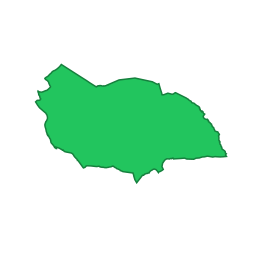 Shai Osudoku, Eastern, Ghana, rotated 216°
{"feature_id": "2480657B66464396810782", "entity_name": "Shai Osudoku", "entity_type": "district", "adm_level": 2, "iso_a3": "GHA", "parent_name": "Ghana", "parent_adm1": "Eastern", "projection": "mercator", "projection_center": [0.159, 5.966], "detail": "fine", "context": "isolated", "style": "filled", "palette": "green", "viewbox_px": 256, "rotation_deg": 216, "n_neighbors": 0, "source": "geoboundaries", "source_scale": "gbopen_adm2", "svg_char_len": 5441}
<svg xmlns="http://www.w3.org/2000/svg" viewBox="0 0 256 256"><g transform="rotate(216 128 128)"><path d="M220.0,134.5L220.8,132.1L221.1,131.5L221.4,131.2L221.5,130.9L221.7,130.6L222.0,130.0L222.1,129.7L222.3,129.3L222.4,128.7L222.4,127.6L222.7,126.2L222.8,125.9L223.0,124.7L223.0,124.1L223.1,123.7L223.2,122.8L223.4,122.2L224.0,121.1L224.1,120.4L224.3,120.1L224.2,119.8L224.4,119.5L224.3,119.1L223.7,119.0L223.3,118.8L221.8,118.9L221.1,118.9L220.0,118.7L219.3,118.4L218.8,118.1L218.2,117.6L216.8,116.8L216.1,116.4L215.9,116.3L215.3,116.1L215.0,115.9L214.8,115.4L215.3,112.4L215.7,111.0L215.9,110.6L216.6,109.8L218.0,107.5L218.9,106.2L219.3,106.0L219.8,105.8L220.2,105.5L220.9,105.1L221.9,105.0L222.5,105.0L222.4,104.7L221.6,104.2L221.4,103.8L221.1,103.7L220.7,103.6L220.5,103.4L220.2,102.9L219.9,102.6L219.5,102.3L219.1,102.2L218.5,102.1L218.3,101.9L217.5,101.2L216.6,100.5L216.2,100.3L215.7,100.2L215.8,99.5L215.7,99.0L215.7,98.6L216.1,98.2L217.1,97.5L217.7,97.0L218.1,94.8L215.6,93.8L214.7,93.4L214.3,93.3L213.4,93.0L212.3,92.6L210.8,92.3L209.3,92.2L203.1,91.7L202.8,91.5L202.5,91.4L202.2,91.2L201.9,91.2L201.7,91.0L200.9,90.7L200.4,90.2L199.8,89.7L199.1,88.9L198.5,87.8L198.4,87.2L198.3,86.7L198.1,85.4L198.2,85.0L198.1,84.7L198.1,84.4L197.8,83.5L197.4,82.2L197.0,81.6L196.6,81.1L196.3,80.8L196.1,80.6L194.9,79.6L194.0,79.0L192.1,77.2L190.1,75.8L189.8,75.8L189.6,75.7L189.8,75.6L190.0,75.7L189.8,75.5L189.7,75.4L189.5,75.5L189.4,75.5L189.3,75.3L189.2,75.2L188.8,74.9L188.5,75.0L188.4,75.0L188.5,74.8L188.4,74.7L187.2,74.6L185.0,73.5L184.2,73.3L181.6,70.9L178.6,70.2L177.9,70.0L176.7,69.6L176.5,69.4L176.4,69.3L175.6,69.1L174.7,69.2L174.7,69.3L174.0,69.1L173.9,69.2L174.4,69.4L174.7,69.5L174.8,69.4L175.1,69.4L175.3,69.3L175.4,69.7L175.2,69.8L175.6,70.0L172.1,71.2L171.3,71.3L170.8,71.4L170.2,71.4L169.0,71.6L167.9,71.5L167.7,71.6L167.7,72.0L167.4,72.1L167.1,71.9L165.7,71.6L164.0,72.2L159.7,74.2L158.7,74.5L157.9,74.5L157.3,74.5L157.0,74.3L156.5,74.2L155.4,73.7L154.6,73.4L153.7,73.2L153.1,73.1L152.7,73.0L150.8,72.7L150.0,72.4L149.9,72.2L149.8,72.3L149.6,72.3L148.4,72.0L144.4,70.7L142.6,70.1L141.8,69.8L141.5,69.8L141.1,69.6L140.6,69.5L139.7,70.8L139.4,72.9L138.3,73.8L135.4,75.7L130.8,78.3L129.7,79.3L129.5,79.6L128.9,80.1L128.1,80.0L127.9,80.1L127.6,80.4L126.9,80.4L126.3,80.8L126.0,81.1L125.7,81.2L125.2,81.4L124.9,81.8L124.7,81.8L124.4,81.9L123.5,82.3L122.8,82.8L121.9,83.4L121.6,83.9L120.9,84.5L120.4,85.2L119.7,85.9L119.0,86.5L118.7,87.0L118.6,87.3L118.2,88.0L117.5,88.2L117.5,88.4L117.0,88.5L116.5,88.5L116.2,88.4L115.8,88.5L115.4,88.4L115.2,88.4L114.4,88.7L113.4,88.5L112.8,88.6L112.4,88.8L112.1,88.9L111.6,89.0L111.4,89.0L110.8,89.2L109.9,89.3L109.1,89.0L108.7,89.3L106.5,89.7L97.5,94.5L95.5,93.0L94.8,92.3L92.0,90.2L88.8,88.8L88.5,98.2L88.3,98.5L87.6,98.9L87.4,100.4L87.1,100.9L86.8,101.2L86.6,101.8L86.4,102.0L85.8,102.4L85.4,103.1L85.2,103.3L84.9,103.8L84.5,104.1L84.7,104.6L84.6,106.5L84.1,107.5L83.7,108.3L83.5,109.1L82.7,110.2L80.9,110.8L78.9,110.4L77.2,109.8L77.3,110.4L77.2,110.5L77.1,110.9L76.7,111.3L76.2,112.2L75.6,113.5L75.1,115.2L77.8,116.7L79.3,119.9L79.4,123.7L78.6,125.8L76.5,127.2L76.2,127.3L76.0,127.9L75.8,128.2L74.7,128.8L74.6,129.3L74.5,129.6L74.3,129.6L73.9,129.7L73.6,130.1L73.4,130.2L72.9,129.8L71.4,131.1L67.5,134.3L64.5,136.9L62.3,137.4L56.4,141.4L55.2,143.6L52.7,145.7L50.9,148.2L49.1,149.7L47.2,151.9L42.4,154.3L40.6,156.2L40.1,156.4L36.4,158.8L34.3,160.5L31.6,162.9L32.0,163.1L32.5,163.0L32.9,163.1L33.1,163.6L33.4,163.9L33.3,164.9L34.3,164.9L35.1,165.6L35.5,166.0L35.8,166.2L36.9,166.3L39.7,166.3L40.1,166.8L40.6,167.1L40.7,167.4L40.8,167.5L41.1,167.7L41.6,167.7L42.0,167.9L42.8,168.7L43.9,169.0L44.2,169.1L44.9,169.8L45.1,170.1L45.3,170.7L45.8,170.5L46.4,171.3L47.4,171.6L48.8,173.6L49.5,174.4L49.8,174.5L50.2,174.9L50.3,175.2L50.3,175.4L50.1,176.2L50.2,176.4L50.4,176.6L50.7,176.7L51.7,176.9L52.6,177.4L53.1,177.6L54.3,177.1L55.8,176.7L56.1,176.8L56.5,177.1L57.4,177.7L57.8,177.7L58.0,177.9L58.6,178.3L59.0,178.7L59.6,178.7L60.0,178.6L60.3,178.7L60.6,178.7L61.0,178.9L61.5,179.4L62.1,179.7L62.5,179.8L62.8,180.2L63.2,180.1L63.5,180.2L64.1,180.2L64.5,180.3L64.7,180.5L65.4,180.5L65.8,180.6L66.4,180.4L66.7,180.5L66.9,180.8L67.0,181.1L67.4,181.2L67.7,181.2L68.2,181.6L68.5,181.4L68.9,181.7L69.3,181.3L70.4,180.7L71.8,180.5L73.2,180.9L74.1,181.8L74.1,183.4L74.1,184.3L75.6,184.2L76.7,184.9L76.9,185.2L77.2,185.2L77.3,185.2L77.1,185.0L77.6,184.9L77.8,185.0L77.8,184.9L77.9,184.6L78.1,184.8L78.3,185.0L78.5,184.9L78.9,184.7L79.4,184.7L79.6,184.8L79.8,184.8L80.1,185.0L80.4,185.4L80.6,185.3L80.8,185.5L80.9,185.4L81.1,185.5L81.4,185.9L82.0,186.1L82.1,186.6L82.6,186.8L83.9,186.9L85.9,186.6L87.5,186.7L89.3,186.8L89.9,186.5L91.2,186.0L92.8,186.7L94.3,186.4L95.5,186.5L96.2,186.7L96.6,186.5L98.4,186.5L110.3,184.5L110.8,183.8L111.2,182.3L112.2,181.2L116.2,179.6L118.8,175.7L120.0,174.9L121.2,176.0L125.2,178.9L129.1,182.0L130.1,180.5L135.5,179.7L151.7,172.5L163.5,161.6L169.5,151.5L169.4,151.3L170.1,150.6L170.6,149.5L170.8,149.1L171.0,149.0L171.3,148.8L171.4,148.6L171.5,148.5L171.5,148.3L171.9,148.0L172.0,147.9L172.3,147.8L172.4,147.6L172.6,147.6L172.8,147.3L173.1,147.1L173.5,146.8L174.8,146.4L175.1,146.2L175.4,146.0L175.6,145.6L175.9,145.6L176.1,145.2L176.3,145.0L176.6,144.9L177.1,144.5L177.2,144.0L177.3,143.9L177.2,143.7L177.3,143.6L177.7,143.2L177.9,142.6L185.3,142.1L189.1,142.0L196.9,141.5L219.3,140.2L219.4,137.4L220.0,134.5Z" fill="#22c55e" stroke="#15803d" stroke-width="1.5"/></g></svg>